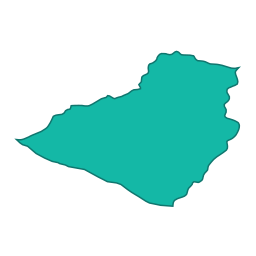 the district of Pachalum, Baja Verapaz, Guatemala, rotated 271°
{"feature_id": "79465075B39093617577569", "entity_name": "Pachalum", "entity_type": "district", "adm_level": 2, "iso_a3": "GTM", "parent_name": "Guatemala", "parent_adm1": "Baja Verapaz", "projection": "equal_earth", "projection_center": [-90.648, 14.927], "detail": "fine", "context": "isolated", "style": "filled", "palette": "teal", "viewbox_px": 256, "rotation_deg": 271, "n_neighbors": 0, "source": "geoboundaries", "source_scale": "gbopen_adm2", "svg_char_len": 3064}
<svg xmlns="http://www.w3.org/2000/svg" viewBox="0 0 256 256"><g transform="rotate(271 128 128)"><path d="M114.5,16.7L112.9,18.5L111.3,20.2L109.5,22.9L108.0,28.0L100.9,36.6L96.5,45.2L93.3,52.8L92.1,58.9L91.3,60.0L89.9,66.1L88.4,69.1L85.8,85.2L78.5,99.1L76.1,104.1L74.0,108.3L72.9,117.5L71.4,122.0L66.6,128.5L63.8,132.7L61.4,136.8L59.5,140.1L55.1,147.2L53.4,150.8L51.3,162.0L50.6,174.2L51.8,174.3L53.1,174.4L54.5,174.7L55.6,175.2L56.6,176.0L57.9,178.1L58.6,179.6L59.3,181.7L60.0,183.7L60.9,185.7L62.1,187.2L63.1,187.9L64.3,188.2L65.5,188.5L66.7,188.8L67.9,189.2L69.4,190.1L70.6,191.4L72.7,193.1L74.2,193.5L75.4,194.8L75.1,197.3L74.8,199.1L75.2,200.3L76.9,202.7L78.3,203.5L79.9,203.8L81.4,204.2L82.4,204.4L84.6,205.8L85.9,207.1L87.5,208.3L89.8,208.6L91.4,209.0L92.6,209.7L95.2,211.7L96.5,212.8L98.1,214.2L100.7,217.2L102.9,220.4L105.0,223.4L106.7,225.6L107.7,226.8L109.5,227.7L111.2,227.8L112.3,227.7L113.4,227.5L114.7,227.2L116.3,227.1L117.3,228.2L118.3,230.4L118.9,231.6L119.7,232.8L120.7,234.0L121.9,235.2L123.0,236.1L125.6,237.5L127.9,238.5L129.1,238.9L130.5,239.2L132.3,239.3L133.3,239.1L135.0,238.3L135.7,237.4L137.1,234.7L137.9,232.6L138.4,230.9L138.8,229.6L139.1,228.4L139.4,227.1L140.6,225.1L141.8,224.5L142.8,224.7L144.4,225.3L145.5,225.8L148.0,225.8L149.4,225.1L151.2,224.0L153.2,223.8L154.7,225.1L155.4,226.1L156.6,227.4L157.7,228.2L159.0,228.8L161.0,228.8L162.5,228.0L163.7,227.3L164.9,226.5L166.5,226.2L168.5,226.5L169.9,228.0L170.6,229.8L171.7,232.1L172.5,234.2L173.9,236.5L176.1,237.0L178.3,236.6L179.8,236.1L182.4,235.1L183.4,234.7L185.4,234.3L186.8,234.7L187.7,235.4L188.8,236.3L190.3,237.7L189.5,234.1L189.6,231.1L189.8,229.8L190.6,226.9L192.3,221.0L193.1,216.6L193.2,215.4L193.5,209.2L194.0,207.7L194.7,206.1L195.6,204.0L196.0,202.5L196.2,201.1L196.4,198.5L196.5,196.6L197.3,195.2L198.7,193.9L200.4,193.0L201.3,192.3L201.9,188.8L202.0,182.0L202.2,180.1L203.4,178.5L204.3,177.7L205.0,176.6L205.4,175.1L204.8,173.6L203.4,171.9L202.4,170.5L202.0,168.5L202.4,166.1L202.9,164.6L203.0,162.7L203.0,160.2L202.4,158.7L201.5,157.7L200.1,156.6L198.8,155.9L197.3,155.6L195.7,154.5L194.8,153.4L193.6,151.8L192.9,150.2L192.6,148.9L191.5,147.8L190.4,147.4L188.8,147.2L187.8,147.2L185.0,147.6L183.5,147.3L182.3,146.0L180.6,142.4L179.2,141.0L177.9,140.8L175.8,140.6L174.8,140.6L173.7,140.0L172.6,138.9L171.5,138.1L170.3,138.8L168.8,139.7L167.5,139.8L166.7,137.1L166.5,135.3L166.3,133.2L165.7,132.0L165.1,130.9L163.0,128.3L162.3,127.3L161.6,125.6L161.0,124.3L160.5,123.1L159.5,121.3L158.9,119.3L158.6,118.0L157.9,116.0L157.1,114.3L157.5,112.8L159.7,109.0L160.0,107.1L158.3,105.8L157.7,103.8L157.1,101.9L156.7,100.8L151.3,92.1L149.6,88.7L149.3,87.0L149.3,84.5L149.7,81.6L149.7,79.6L149.7,78.1L149.5,72.8L149.3,70.8L147.1,70.3L145.8,69.6L145.4,67.2L144.1,65.2L143.0,64.6L141.9,63.9L140.5,61.8L140.0,58.3L139.6,55.9L138.9,54.1L138.3,53.1L135.1,51.7L132.1,50.3L128.7,48.3L127.1,47.1L125.9,45.7L123.0,41.3L119.5,33.2L118.7,31.5L118.0,30.1L117.3,28.9L115.2,24.2L114.7,22.6L114.4,21.2L114.3,19.2L114.5,16.7Z" fill="#14b8a6" stroke="#0f766e" stroke-width="1.5"/></g></svg>